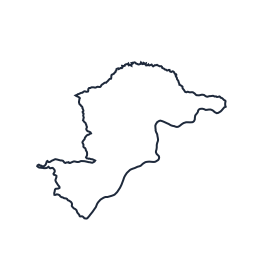 outline of Morada Nova de Minas, Minas Gerais, Brazil, rotated 59°
{"feature_id": "56859067B74316667672394", "entity_name": "Morada Nova de Minas", "entity_type": "district", "adm_level": 2, "iso_a3": "BRA", "parent_name": "Brazil", "parent_adm1": "Minas Gerais", "projection": "natural_earth1", "projection_center": [-45.395, -18.563], "detail": "fine", "context": "isolated", "style": "outline", "palette": "slate", "viewbox_px": 256, "rotation_deg": 59, "n_neighbors": 0, "source": "geoboundaries", "source_scale": "gbopen_adm2", "svg_char_len": 5847}
<svg xmlns="http://www.w3.org/2000/svg" viewBox="0 0 256 256"><g transform="rotate(59 128 128)"><path d="M179.1,214.6L179.6,213.8L179.9,213.0L180.5,212.5L181.5,212.1L182.9,211.9L183.7,211.0L184.3,210.1L184.4,209.3L183.4,206.3L183.0,205.4L181.6,201.6L179.8,197.6L179.3,196.4L177.1,193.5L176.3,191.9L175.3,188.7L175.2,187.9L175.2,184.8L175.4,183.5L175.6,182.7L176.6,181.1L177.7,177.0L178.1,174.9L178.2,173.8L177.5,170.9L177.2,170.0L175.1,165.6L173.2,162.7L170.2,158.9L168.5,156.9L167.9,156.0L167.2,154.8L166.1,152.5L165.8,151.6L165.0,148.0L165.0,146.9L165.3,145.0L165.5,144.1L165.8,142.8L166.1,139.9L166.7,137.8L166.9,136.6L166.3,133.7L166.2,131.3L166.4,130.1L166.9,128.9L167.7,127.2L170.0,124.0L170.6,123.0L171.0,121.8L171.0,119.1L170.8,118.1L170.2,117.3L169.5,116.6L168.6,116.2L167.6,116.1L165.1,116.8L163.3,116.6L162.6,116.2L162.0,115.7L161.4,115.0L160.9,114.5L159.4,113.3L157.7,112.3L156.9,111.7L155.6,110.4L154.9,109.5L154.1,108.7L153.2,108.1L151.2,107.3L150.3,107.0L148.4,106.2L145.9,106.0L145.1,105.8L144.3,105.6L143.4,105.0L142.6,104.7L140.1,103.4L139.1,102.2L138.0,99.9L138.0,97.5L138.4,96.4L139.8,95.1L141.1,94.1L144.5,91.8L145.4,91.1L146.8,90.4L148.1,89.6L149.6,88.2L150.2,87.4L151.2,86.7L152.1,85.8L152.6,84.9L152.8,84.1L152.8,82.9L152.7,81.7L152.5,80.6L152.4,79.2L152.4,77.7L152.7,76.5L153.0,75.2L155.1,71.9L156.1,70.1L156.3,69.3L156.2,68.3L155.9,67.5L155.0,66.3L153.5,65.3L151.9,63.9L151.6,63.2L151.0,61.5L150.6,60.5L150.1,59.7L149.2,58.9L148.7,57.8L148.7,56.5L149.6,54.6L150.1,54.0L150.9,53.2L152.5,52.1L153.0,51.2L153.9,49.0L154.8,47.6L156.1,46.6L157.5,45.9L158.2,45.8L159.2,45.4L161.0,44.3L161.5,42.9L161.5,40.9L161.5,40.1L161.2,38.8L159.9,34.9L160.1,33.3L158.6,33.0L156.6,31.8L155.6,30.8L154.7,30.5L153.7,31.2L152.9,31.4L151.1,31.9L150.4,32.3L149.7,33.0L148.9,33.0L148.1,33.3L147.6,35.0L147.1,35.9L146.2,36.3L145.8,37.3L145.3,37.8L144.6,38.1L144.0,38.9L143.6,39.9L143.2,40.8L142.6,41.9L142.1,43.8L141.6,44.4L140.8,45.0L139.9,45.4L138.9,45.8L138.0,46.8L137.4,47.8L136.6,50.3L135.2,52.3L134.5,52.7L132.7,53.1L131.9,53.5L131.1,53.8L130.3,54.6L129.4,56.4L128.9,57.1L128.2,57.6L127.6,58.3L127.4,59.6L126.5,60.4L123.8,60.5L122.9,60.7L121.8,60.7L120.6,60.0L119.7,60.3L118.1,61.1L117.4,61.7L116.4,61.2L115.2,61.1L113.5,60.6L111.4,60.8L109.8,60.2L108.7,60.4L107.7,60.2L107.4,59.2L106.7,59.1L105.8,59.9L104.8,59.9L103.9,59.8L102.9,60.1L102.3,60.7L102.3,61.9L101.5,62.7L100.6,62.8L99.6,62.5L99.1,63.4L99.1,64.4L98.6,65.1L97.6,65.4L96.8,66.3L95.9,66.5L95.2,66.9L94.2,67.7L93.0,67.4L92.0,67.8L91.5,69.0L89.7,70.2L88.8,70.6L88.6,71.8L88.0,72.5L88.1,74.7L87.0,75.0L85.8,75.1L85.6,76.3L85.4,77.4L84.9,77.9L84.0,77.8L84.2,79.0L83.7,80.2L82.7,80.2L81.9,79.5L81.8,80.6L81.0,80.6L80.2,81.1L81.0,81.9L80.6,82.8L79.4,82.9L78.5,83.1L79.5,84.3L79.2,85.7L78.8,86.5L78.0,86.9L77.4,87.5L76.7,88.0L75.9,88.0L75.1,88.6L74.9,89.5L74.5,90.2L74.2,91.3L75.2,91.1L75.3,92.4L76.4,93.0L74.6,94.0L74.7,95.0L73.7,95.1L72.9,94.7L73.0,95.7L72.4,96.7L72.3,98.0L73.0,98.8L72.6,99.8L71.7,101.0L72.6,101.3L73.3,101.6L73.5,102.5L72.7,103.5L72.8,104.8L72.7,105.6L71.9,105.6L71.6,106.5L71.6,107.6L72.7,108.4L73.0,109.6L73.7,110.1L73.7,111.2L74.2,112.0L74.0,114.6L74.7,115.4L75.7,116.1L76.4,116.5L77.0,117.2L76.5,118.4L76.9,119.9L77.4,121.3L77.6,122.5L77.9,123.5L77.3,124.2L77.2,125.4L77.4,126.9L77.4,127.9L77.6,128.8L78.2,129.7L78.5,130.5L78.2,131.3L77.0,132.8L76.8,133.6L76.7,134.8L76.4,135.5L75.5,136.4L74.8,137.5L74.3,138.4L74.3,139.7L73.7,140.7L74.0,141.7L74.6,142.3L75.4,142.7L76.1,143.4L75.8,144.5L75.4,145.2L74.6,145.8L74.1,146.5L74.0,147.7L74.3,148.8L73.9,149.7L73.7,150.4L73.5,152.7L73.2,153.6L73.3,154.5L73.1,156.2L74.2,155.7L75.0,155.0L76.8,154.0L77.6,153.9L78.2,154.8L79.0,155.4L80.1,156.4L81.0,156.9L82.8,157.3L83.9,156.8L85.0,156.8L85.9,156.4L86.8,156.4L87.6,156.9L88.4,156.9L90.0,157.2L90.6,157.7L90.8,158.6L91.7,158.9L92.6,158.6L93.6,159.3L94.2,160.0L96.4,160.6L97.0,161.4L97.7,161.9L98.2,162.6L100.6,162.3L101.5,161.9L102.3,161.9L103.0,162.1L103.7,162.1L104.6,162.5L105.5,162.5L106.4,163.0L107.0,164.0L107.8,164.5L109.0,164.5L110.0,164.2L111.4,163.0L112.5,162.4L113.6,162.5L113.4,163.5L113.5,165.3L113.1,166.1L113.1,166.9L113.3,167.8L113.7,168.7L114.0,169.7L114.5,170.3L115.1,170.8L115.8,172.7L116.3,173.9L117.1,174.6L119.3,174.7L120.9,175.8L121.7,175.9L123.3,175.1L124.4,175.2L125.4,175.6L127.5,175.6L129.2,176.4L130.5,177.4L131.5,179.1L132.7,179.0L133.4,178.1L134.0,177.7L134.3,176.9L135.5,175.9L136.5,174.6L137.5,173.9L139.0,172.9L139.5,174.0L139.5,175.4L139.4,176.5L138.6,177.5L137.8,178.2L137.2,179.1L134.1,182.3L132.5,184.7L132.1,185.4L131.8,187.5L131.2,188.7L130.6,189.5L129.5,190.6L128.8,191.5L128.5,192.8L128.2,195.5L127.7,196.4L126.7,196.5L126.4,197.5L125.9,198.4L125.7,199.7L124.9,200.3L122.7,200.6L121.7,201.5L121.1,202.5L118.6,204.9L117.4,206.2L117.1,207.2L117.1,208.0L116.8,210.2L116.9,212.0L116.8,212.8L116.2,213.7L114.8,214.0L114.8,214.8L116.6,216.9L117.0,217.6L117.3,218.4L117.4,219.6L117.1,220.9L115.5,221.8L115.1,222.5L114.3,222.8L113.5,223.3L113.4,224.7L114.0,225.5L115.4,225.0L116.2,224.5L118.5,221.4L119.1,220.8L120.0,219.3L120.3,218.4L120.4,217.4L120.3,216.1L122.1,215.7L122.7,215.0L122.9,214.1L123.4,213.1L124.5,212.8L126.1,212.6L126.9,212.8L127.7,213.3L128.9,215.5L129.8,215.6L131.2,214.4L132.2,214.0L133.3,214.7L134.9,216.7L135.8,217.3L137.4,217.5L138.3,217.4L140.6,217.4L142.5,217.1L143.4,217.1L144.1,217.6L144.0,218.9L143.4,220.2L142.9,221.2L143.1,222.2L143.8,222.9L144.5,223.4L145.7,224.7L146.6,225.2L147.4,225.5L148.0,224.5L148.2,223.2L148.9,222.3L150.3,221.3L151.1,221.3L152.1,221.1L153.2,220.5L153.7,219.8L155.3,218.9L156.5,217.4L157.4,216.8L158.5,216.8L159.2,216.6L159.8,216.0L161.9,215.0L162.6,214.9L163.4,214.9L164.3,215.1L165.1,215.7L165.8,216.3L166.8,216.3L168.3,216.0L169.1,215.8L169.9,215.2L170.8,214.8L171.9,214.5L174.4,215.0L177.3,214.5L178.2,214.8L179.1,214.6Z" fill="none" stroke="#1e293b" stroke-width="2"/></g></svg>